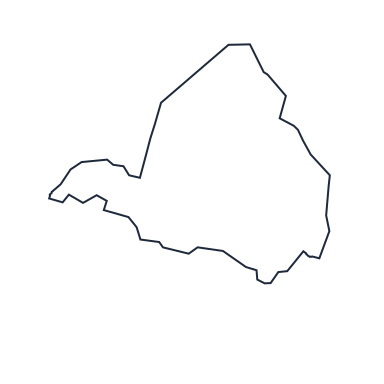 McDowell, North Carolina, United States of America (Robinson projection), rotated 244°
{"feature_id": "52423323B54593628096375", "entity_name": "McDowell", "entity_type": "district", "adm_level": 2, "iso_a3": "USA", "parent_name": "United States of America", "parent_adm1": "North Carolina", "projection": "robinson", "projection_center": [-82.082, 35.739], "detail": "fine", "context": "isolated", "style": "outline", "palette": "slate", "viewbox_px": 384, "rotation_deg": 244, "n_neighbors": 0, "source": "geoboundaries", "source_scale": "gbopen_adm2", "svg_char_len": 1051}
<svg xmlns="http://www.w3.org/2000/svg" viewBox="0 0 384 384"><g transform="rotate(244 192 192)"><path d="M230.0,89.3L230.9,104.9L221.4,111.5L214.4,104.8L197.3,123.9L184.6,126.8L171.9,124.8L161.4,140.6L155.0,141.6L138.0,162.0L139.8,172.7L139.7,172.8L139.6,173.1L125.4,194.0L100.9,207.6L93.4,215.7L84.7,212.3L78.1,217.2L75.8,222.4L75.7,222.8L82.2,234.5L79.1,242.9L89.9,266.1L87.9,267.1L87.1,267.6L86.6,267.4L85.9,267.5L85.3,268.0L84.8,268.0L83.6,268.4L83.1,268.9L82.2,269.3L82.1,269.9L81.4,270.9L81.4,271.7L76.6,277.4L96.6,298.3L112.1,302.3L137.4,317.4L146.6,323.2L173.7,315.1L189.8,314.3L201.4,314.5L206.9,312.5L219.8,303.1L237.2,318.5L264.5,311.4L268.3,309.0L282.1,308.9L299.3,308.8L308.3,289.3L285.8,203.3L269.2,188.3L258.6,178.2L243.7,165.4L227.6,151.4L234.6,142.8L245.2,141.7L251.0,133.1L258.3,129.9L267.3,105.9L265.5,92.7L256.5,77.3L253.9,67.3L253.7,67.1L253.7,66.4L253.7,66.1L252.5,65.2L252.4,64.9L252.3,63.7L252.0,63.0L251.7,62.8L251.1,62.9L248.8,60.8L239.4,71.2L243.6,80.2L230.0,89.3Z" fill="none" stroke="#1e293b" stroke-width="2"/></g></svg>